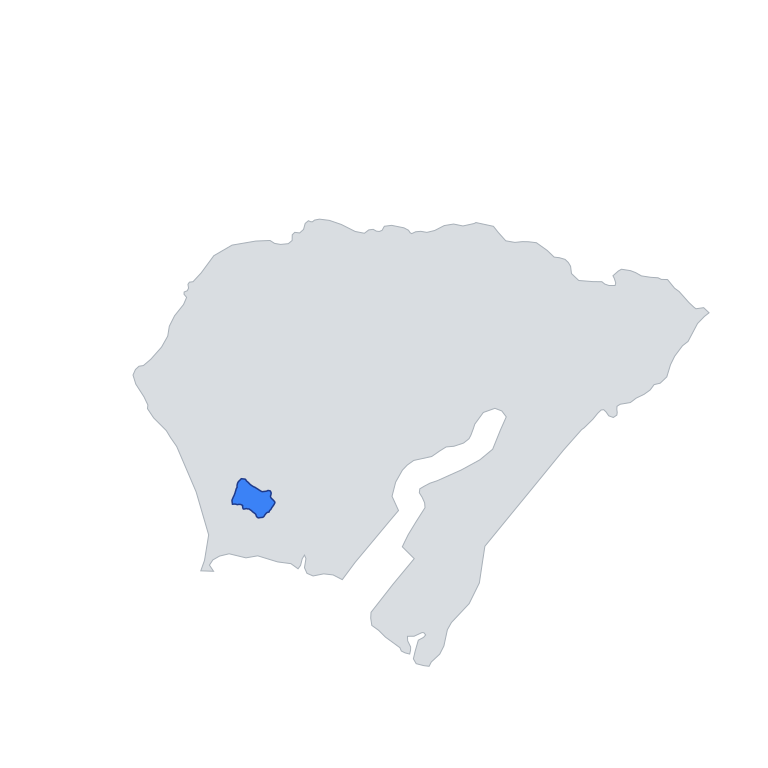 Bambey, Diourbel, Senegal shown in context, rotated 309°
{"feature_id": "50182788B75300917140294", "entity_name": "Bambey", "entity_type": "district", "adm_level": 2, "iso_a3": "SEN", "parent_name": "Senegal", "parent_adm1": "Diourbel", "projection": "natural_earth1", "projection_center": [-16.464, 14.81], "detail": "fine", "context": "in_parent", "style": "filled", "palette": "blue", "viewbox_px": 768, "rotation_deg": 309, "n_neighbors": 0, "source": "geoboundaries", "source_scale": "gbopen_adm2", "svg_char_len": 5969}
<svg xmlns="http://www.w3.org/2000/svg" viewBox="0 0 768 768"><g transform="rotate(309 384 384)"><path d="M567.3,353.8L575.4,369.8L573.7,377.4L571.9,388.5L576.4,396.6L581.7,401.9L585.5,406.8L589.7,413.5L590.5,426.8L589.7,436.4L592.5,440.8L594.8,446.3L594.4,450.8L592.9,454.9L587.8,460.2L587.0,470.2L595.3,482.3L600.6,488.9L600.6,492.7L602.1,496.8L606.0,501.6L608.4,500.5L611.0,496.5L612.2,493.8L619.3,495.0L622.6,496.3L627.2,504.2L628.9,509.4L630.0,516.0L634.8,524.2L639.0,530.1L639.8,533.7L643.6,538.6L641.3,549.5L641.6,555.1L639.2,569.7L638.7,576.6L638.8,579.1L644.5,584.4L643.9,591.8L638.2,590.5L628.3,589.6L608.5,593.5L601.6,591.9L588.6,592.4L579.3,594.5L567.5,599.3L558.4,598.1L553.5,594.3L546.9,594.6L539.6,592.6L531.8,588.9L524.6,587.1L516.9,580.3L513.3,579.1L510.8,580.9L508.7,583.1L506.4,584.5L502.3,583.3L500.7,578.7L502.0,574.3L502.3,570.9L500.4,569.1L495.7,568.5L488.1,568.5L475.8,567.1L473.0,566.3L445.6,565.1L417.2,565.0L393.1,564.9L362.7,564.7L341.4,564.6L321.4,564.5L306.0,573.5L289.4,583.3L266.9,588.4L241.1,586.5L232.9,587.9L224.4,592.2L218.1,595.4L209.2,597.3L197.7,595.7L193.0,596.7L190.2,592.2L186.9,585.0L188.9,579.8L195.9,576.4L206.5,571.9L212.0,574.2L215.2,574.3L215.8,571.5L214.8,570.0L206.9,566.1L202.7,561.0L199.3,564.0L196.4,570.2L193.9,572.1L190.3,573.9L188.3,569.6L187.4,565.5L189.1,562.3L188.2,544.4L189.2,534.8L188.7,526.5L193.7,521.0L198.4,517.6L216.8,517.3L234.0,517.0L250.5,517.2L267.3,517.4L269.0,500.7L274.3,499.4L282.3,497.6L297.1,495.6L313.7,493.7L317.2,490.4L320.0,484.9L321.7,479.9L325.1,477.8L329.7,479.5L335.8,482.1L342.1,486.1L349.3,489.8L354.1,492.2L365.7,498.1L385.4,506.2L401.7,509.5L421.3,503.5L435.4,499.7L437.2,492.5L434.9,485.5L424.4,479.1L410.0,479.8L405.6,481.5L399.0,483.7L395.0,484.5L388.2,483.0L379.6,477.5L374.2,471.9L366.6,469.3L357.7,466.7L343.3,455.2L335.8,453.1L328.7,452.5L315.1,454.8L301.8,460.9L294.8,474.9L281.4,474.6L253.2,474.2L227.2,473.8L205.7,474.7L203.6,464.6L198.5,456.6L190.2,449.7L188.4,443.3L191.2,437.8L199.2,433.2L201.0,429.9L196.8,430.4L190.5,433.3L186.3,433.5L185.8,424.7L178.8,413.3L171.0,394.0L162.0,386.1L154.6,370.5L146.8,364.5L139.6,361.7L133.4,362.3L131.2,369.4L123.5,359.2L134.0,355.5L156.4,342.7L182.0,305.8L205.0,262.2L208.0,251.9L210.8,244.1L212.7,226.3L216.0,215.7L219.1,213.7L223.0,205.5L227.7,191.2L233.0,183.3L238.9,181.7L243.6,182.4L246.9,185.4L256.6,187.2L272.7,187.9L285.1,185.8L293.8,180.8L305.3,178.3L319.6,178.2L327.1,176.1L327.9,172.1L329.7,170.8L332.7,172.4L335.5,171.8L338.1,168.9L340.7,168.7L343.3,171.2L355.3,172.0L376.6,171.0L396.3,178.5L414.4,194.4L423.8,205.1L424.4,210.5L427.4,215.8L432.8,221.3L437.7,222.3L442.2,218.8L445.7,219.2L448.3,223.4L453.5,224.2L459.2,221.7L463.3,222.5L464.0,225.0L465.0,226.3L467.7,226.9L471.5,230.1L476.8,238.6L481.1,250.4L484.4,265.6L488.8,273.9L494.2,275.2L497.4,278.3L498.0,281.9L499.6,284.4L502.2,285.8L506.8,285.0L512.1,290.1L517.9,301.2L518.9,306.3L518.0,309.0L518.3,310.9L522.2,312.8L525.8,316.5L528.8,321.9L535.2,326.8L545.0,331.1L552.1,337.4L556.5,345.9L565.5,353.1L567.3,353.8Z" fill="#d9dde1" stroke="#a8b0b8" stroke-width="1"/><path d="M220.6,332.7L220.2,332.7L219.8,332.6L219.1,332.6L218.3,332.5L217.6,332.4L216.9,332.3L216.3,332.3L215.9,332.4L215.3,332.5L214.9,332.6L214.3,332.8L213.8,333.1L213.4,333.3L213.2,333.3L212.9,333.5L212.6,333.7L212.1,334.1L211.5,334.6L211.2,334.9L210.7,334.9L210.0,335.0L209.3,335.2L208.2,335.7L208.0,335.8L206.7,336.3L205.8,336.7L205.1,337.0L204.6,337.1L203.6,337.5L202.3,337.8L201.4,338.0L200.0,338.4L198.9,338.7L198.0,339.0L197.9,339.2L197.7,339.3L197.1,339.8L196.2,340.8L195.2,341.9L196.1,342.8L196.7,343.5L197.3,344.4L197.7,345.4L197.9,345.9L198.3,346.3L199.0,346.8L199.6,347.6L200.0,348.1L200.2,348.6L200.4,349.1L200.4,349.4L200.6,349.9L200.5,350.0L200.5,350.5L200.4,350.9L200.0,351.0L199.6,351.4L199.0,352.1L198.7,352.5L198.4,353.0L198.4,353.5L198.7,353.8L199.1,354.3L199.5,354.6L200.2,355.1L200.5,355.3L201.0,356.5L201.3,356.9L201.8,357.5L202.0,358.0L202.0,359.0L202.1,360.1L202.2,360.5L202.1,361.2L202.0,362.1L202.0,362.7L202.0,363.0L202.1,364.7L202.1,364.8L202.1,365.6L202.0,366.4L201.7,366.8L201.5,367.2L201.1,367.7L200.8,368.4L200.7,368.9L200.7,369.6L200.8,370.5L201.0,370.6L201.2,370.9L201.3,371.0L201.7,371.4L202.0,371.6L202.4,372.0L202.7,372.3L202.9,372.5L203.2,372.8L203.5,373.2L203.7,373.4L204.1,373.6L204.6,373.9L205.1,374.0L205.5,374.0L206.3,374.0L207.1,373.8L207.7,373.8L208.5,373.8L208.9,373.8L209.0,373.8L209.7,373.8L209.8,373.9L210.4,374.0L210.9,374.2L211.4,374.6L211.8,375.0L212.1,375.2L212.5,375.2L213.0,374.9L213.5,374.8L214.3,374.8L215.1,375.0L215.8,374.9L216.3,374.9L216.6,374.8L216.8,374.7L217.2,374.6L217.8,374.6L218.7,374.6L219.6,374.5L220.0,374.5L220.9,374.4L221.5,374.3L221.9,374.2L222.6,374.1L222.9,373.9L223.1,373.9L223.6,373.3L223.8,372.9L223.9,372.0L224.0,371.4L224.2,370.2L224.2,369.6L224.3,368.3L224.6,367.4L225.0,366.7L225.5,366.3L225.9,366.1L226.4,366.0L227.0,365.7L227.9,365.2L228.4,364.8L228.8,364.1L229.1,363.5L229.3,362.7L228.3,360.9L228.2,360.8L227.6,360.5L227.0,360.3L226.1,359.5L225.2,358.6L224.5,357.9L223.9,357.4L223.7,357.1L223.4,356.3L223.4,356.0L223.3,355.7L223.2,355.2L223.2,354.9L223.2,354.6L223.1,354.2L223.1,353.9L223.0,353.5L223.0,353.3L223.0,352.9L223.0,352.6L222.9,352.3L222.9,352.1L222.9,351.9L222.8,351.6L222.8,351.3L222.8,351.0L222.7,350.5L222.7,350.2L222.6,349.8L222.6,349.4L222.6,349.0L222.5,348.7L222.4,348.6L222.4,348.2L222.2,347.6L222.1,347.3L222.0,347.2L222.0,346.8L222.0,346.4L221.9,346.2L221.9,345.6L221.8,345.3L221.8,345.0L221.8,344.9L221.8,344.5L221.7,344.1L221.8,343.7L221.7,343.4L221.8,342.9L221.8,342.6L221.8,342.3L221.9,342.0L221.9,341.8L221.9,341.5L222.0,341.4L222.0,341.1L222.0,340.8L222.1,340.5L222.1,340.2L222.1,339.9L222.1,339.5L222.1,339.2L222.1,338.9L222.1,338.6L222.1,338.2L222.2,337.9L222.3,337.6L222.4,337.4L222.5,337.2L222.6,336.9L222.6,336.7L222.7,336.3L222.7,336.1L222.6,335.9L222.5,335.7L222.4,335.5L222.3,335.3L222.2,335.2L220.6,332.7Z" fill="#3b82f6" stroke="#1e3a8a" stroke-width="1.5"/></g></svg>